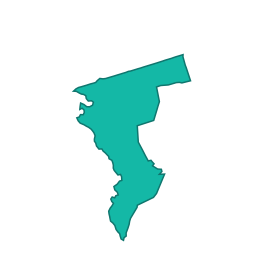 Torres, Rio Grande do Sul, Brazil (Albers equal-area conic projection), rotated 218°
{"feature_id": "56859067B2834526967114", "entity_name": "Torres", "entity_type": "district", "adm_level": 2, "iso_a3": "BRA", "parent_name": "Brazil", "parent_adm1": "Rio Grande do Sul", "projection": "albers", "projection_center": [-49.804, -29.33], "detail": "fine", "context": "isolated", "style": "filled", "palette": "teal", "viewbox_px": 256, "rotation_deg": 218, "n_neighbors": 0, "source": "geoboundaries", "source_scale": "gbopen_adm2", "svg_char_len": 1998}
<svg xmlns="http://www.w3.org/2000/svg" viewBox="0 0 256 256"><g transform="rotate(218 128 128)"><path d="M137.9,93.5L135.7,95.4L133.4,94.5L130.4,94.4L128.0,94.0L125.8,93.7L124.0,92.1L120.8,92.6L118.4,91.1L116.6,89.6L114.9,87.3L112.8,86.1L110.6,85.6L107.0,84.8L105.3,86.8L103.1,85.7L100.6,82.9L102.0,80.9L101.9,77.2L103.1,73.2L100.3,71.1L96.8,70.8L94.5,69.2L95.9,67.2L95.5,64.8L98.0,63.9L97.8,61.4L95.5,60.1L93.1,59.7L92.7,56.7L92.7,54.0L92.0,50.6L90.1,48.7L88.1,47.1L86.3,45.5L84.4,43.9L81.4,43.8L78.4,43.1L74.9,40.7L71.7,39.8L69.5,39.6L67.7,38.1L65.1,36.3L62.4,36.7L63.6,39.2L62.9,41.7L64.9,44.2L66.4,49.0L67.8,52.8L69.3,55.5L70.4,58.4L72.0,71.0L73.1,72.9L65.2,89.0L65.2,93.9L70.8,114.2L74.8,110.8L74.5,114.6L76.3,116.0L79.4,113.9L85.4,113.3L85.4,115.8L87.9,116.2L90.0,116.7L91.8,114.5L97.1,116.8L103.1,119.6L111.2,123.2L122.1,135.5L112.4,149.8L116.8,161.1L117.7,163.3L119.5,168.1L130.8,177.9L128.4,181.6L122.7,186.8L117.9,193.5L115.6,195.6L113.3,196.7L107.8,203.7L119.3,211.4L121.5,212.7L126.2,216.2L128.5,217.9L129.8,219.7L132.6,215.7L133.9,213.9L135.3,211.8L136.6,209.7L138.1,207.6L140.4,204.4L141.8,202.2L143.7,199.4L145.2,197.2L146.8,194.9L148.9,191.9L151.0,188.9L153.1,185.9L155.1,182.9L156.5,181.0L158.3,178.4L159.7,176.4L161.1,174.4L162.6,172.8L163.9,170.5L165.9,167.7L167.7,165.1L169.6,162.4L171.1,160.2L172.7,158.0L174.4,155.6L176.1,153.2L178.0,151.3L180.7,149.7L181.4,146.3L181.5,144.0L182.8,142.1L184.8,139.5L186.8,136.5L188.3,134.4L190.3,131.6L191.9,129.5L193.1,126.7L193.6,123.5L191.2,125.1L188.3,125.5L185.7,126.0L183.7,127.1L181.2,127.5L179.0,125.5L175.9,124.8L173.5,127.0L171.1,127.0L170.0,124.1L171.3,121.1L173.6,119.4L177.2,119.4L180.7,118.5L179.0,115.5L177.4,113.0L176.3,115.3L173.7,115.1L172.0,113.3L171.5,110.9L173.7,109.3L173.2,106.7L174.6,104.5L171.7,103.0L168.7,102.4L164.6,103.5L161.9,103.8L159.5,104.3L156.3,104.4L153.7,103.8L151.8,103.2L149.1,101.6L147.7,98.6L146.3,96.9L144.2,96.3L141.7,94.4L137.9,93.5Z" fill="#14b8a6" stroke="#0f766e" stroke-width="1.5"/></g></svg>